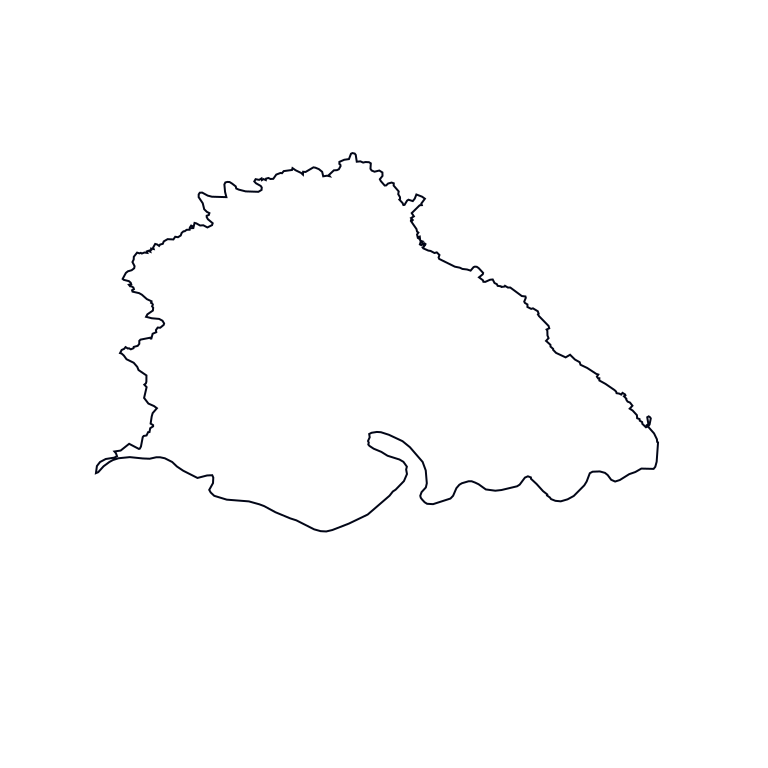 the district of Magura, Khulna, Bangladesh, rotated 114°
{"feature_id": "16705992B78415132034426", "entity_name": "Magura", "entity_type": "district", "adm_level": 2, "iso_a3": "BGD", "parent_name": "Bangladesh", "parent_adm1": "Khulna", "projection": "equal_earth", "projection_center": [89.424, 23.47], "detail": "fine", "context": "isolated", "style": "outline", "palette": "ink", "viewbox_px": 768, "rotation_deg": 114, "n_neighbors": 0, "source": "geoboundaries", "source_scale": "gbopen_adm2", "svg_char_len": 6166}
<svg xmlns="http://www.w3.org/2000/svg" viewBox="0 0 768 768"><g transform="rotate(114 384 384)"><path d="M436.2,238.9L433.1,233.6L423.3,220.8L420.7,219.1L412.2,217.2L409.8,215.0L409.6,211.8L410.8,211.2L413.3,203.9L417.2,195.1L418.5,189.9L419.5,189.8L420.2,186.3L421.2,184.6L421.0,179.9L419.3,174.8L414.7,169.4L409.1,165.1L395.1,159.8L390.6,159.2L381.8,159.7L379.3,157.8L376.1,151.3L375.3,146.0L376.2,142.6L379.1,137.5L379.1,133.2L375.8,129.5L366.6,123.3L362.2,118.6L356.6,114.5L351.9,103.2L349.3,102.5L344.1,103.3L325.9,109.9L325.8,110.9L323.5,112.2L319.3,117.2L315.5,125.5L313.0,124.9L306.9,126.3L306.2,127.4L305.9,129.0L307.3,130.0L313.2,126.1L314.9,127.3L316.5,126.6L317.0,127.1L315.3,131.8L313.8,132.7L313.5,135.4L312.1,136.3L312.3,138.8L309.6,140.3L307.1,146.1L306.6,149.5L302.8,148.2L300.9,151.7L301.0,154.3L299.7,156.4L298.9,156.6L297.6,159.8L296.2,158.8L295.5,159.5L295.1,162.5L297.2,163.0L297.1,165.2L297.8,167.8L296.5,168.9L295.8,170.9L293.8,181.7L293.2,188.7L291.2,189.6L291.8,190.6L290.7,192.5L288.2,192.1L288.4,194.3L286.7,204.9L286.5,212.3L284.5,214.1L284.0,219.5L281.6,225.9L285.8,228.9L285.6,239.5L284.0,243.4L283.1,243.8L282.1,247.1L280.5,247.9L278.7,253.5L275.2,252.3L273.2,254.4L268.8,256.5L268.1,257.6L265.9,255.7L264.0,257.3L258.9,270.1L257.8,271.7L256.9,271.3L255.0,273.1L254.3,278.7L255.5,280.1L255.3,284.3L253.0,285.3L252.6,288.3L251.7,289.4L247.6,289.5L246.5,290.4L247.6,293.9L244.5,307.9L245.5,310.0L245.1,313.4L245.9,313.5L247.6,316.2L247.2,317.0L248.1,320.1L246.9,321.5L246.8,324.1L244.3,327.2L245.6,329.5L249.5,333.0L250.2,334.8L249.0,335.8L247.9,340.6L243.6,338.4L242.2,338.6L239.6,344.7L239.2,346.9L239.8,348.7L240.8,349.7L245.2,351.0L245.6,354.7L247.0,359.2L246.9,362.0L248.0,367.0L247.3,384.4L246.2,385.6L243.6,385.8L242.3,389.3L243.8,391.2L243.5,395.6L244.1,397.8L244.1,403.2L243.6,404.2L242.2,403.4L241.1,404.3L240.5,403.0L239.3,403.0L239.0,404.5L239.7,405.7L242.0,406.4L241.9,408.0L240.0,408.2L238.1,406.9L238.3,409.2L234.8,411.3L235.5,412.0L236.9,411.8L236.8,412.5L234.0,414.6L231.7,414.2L231.3,415.8L229.2,417.4L224.1,425.8L223.5,425.9L223.4,424.7L222.5,424.4L221.4,426.8L218.7,424.9L216.6,428.2L206.2,424.1L205.2,422.2L204.0,423.3L198.1,422.0L197.4,425.4L197.7,431.5L202.1,431.3L205.2,432.1L205.7,436.6L207.1,437.5L212.0,438.1L212.6,439.1L211.1,440.7L209.3,445.0L208.4,444.6L206.8,445.4L204.8,448.2L202.1,448.9L198.8,455.9L196.7,456.7L196.9,459.0L199.2,461.8L201.7,462.8L202.4,464.1L199.9,469.5L198.6,471.1L194.5,470.0L191.4,471.5L190.9,475.1L193.9,479.0L194.0,482.1L192.9,483.9L187.8,485.8L187.5,488.0L188.8,491.3L190.2,493.1L190.2,496.1L192.0,499.3L186.2,503.0L185.4,504.5L185.9,506.8L187.1,507.8L192.8,507.5L195.3,511.5L199.2,515.1L201.1,514.3L201.5,513.0L202.6,512.3L206.2,512.6L207.8,514.0L209.2,516.7L215.6,519.4L216.3,518.1L216.9,520.8L219.0,524.0L215.3,526.8L214.2,530.9L214.3,534.7L214.8,536.6L222.2,541.9L223.0,544.2L225.7,543.2L224.9,545.5L224.7,551.6L224.0,555.4L225.9,555.1L230.3,562.2L232.9,562.9L233.3,564.4L236.5,567.6L241.6,568.6L242.9,571.1L242.8,573.4L244.4,575.3L245.8,574.9L245.8,577.4L247.4,578.5L246.0,579.5L248.3,581.1L249.1,584.6L251.7,584.9L252.7,582.6L253.2,577.2L254.2,575.6L256.5,574.8L259.5,576.9L264.3,588.7L265.5,595.8L265.5,598.5L263.8,599.8L262.7,604.3L262.3,607.2L263.1,609.3L264.4,610.9L266.6,611.0L273.2,607.3L277.4,604.0L282.9,617.4L283.6,621.6L283.1,628.0L284.2,630.1L286.2,630.4L288.7,629.3L292.6,623.1L297.5,619.3L298.8,615.8L298.9,613.0L300.9,612.8L302.4,614.4L303.6,613.9L305.1,611.9L306.8,605.9L308.8,605.7L312.8,609.0L312.5,613.6L314.0,616.5L313.6,620.8L313.9,622.6L319.1,621.6L319.7,622.8L317.7,622.6L317.7,624.6L320.1,625.0L322.1,624.3L323.4,627.0L325.5,628.2L326.1,629.3L328.3,630.3L331.0,630.1L333.7,631.9L334.4,634.6L337.6,635.2L339.7,640.6L343.3,643.2L345.9,643.1L347.7,645.3L349.3,645.6L348.8,647.9L349.1,650.0L353.2,650.4L354.4,649.3L355.0,651.8L356.2,651.2L357.1,652.2L358.2,651.3L358.2,653.5L359.3,654.6L360.5,653.5L361.3,656.3L363.3,658.3L363.1,659.5L364.1,660.5L364.4,663.0L369.5,664.3L372.1,663.3L374.9,663.4L377.8,659.8L379.9,659.3L382.7,660.8L385.2,663.8L387.5,665.0L394.3,665.5L394.7,664.1L393.8,658.9L394.5,656.6L395.7,655.5L397.1,657.4L398.0,655.7L397.5,654.3L397.8,652.2L399.1,651.0L400.8,652.3L401.9,651.3L400.6,644.7L400.9,641.5L402.9,635.2L403.0,630.0L404.6,629.8L404.6,628.6L405.6,627.4L407.3,627.5L408.2,625.9L410.9,625.0L416.6,628.5L419.4,628.7L418.4,622.9L416.0,615.9L416.3,612.1L418.1,609.5L419.6,609.3L423.6,611.3L424.5,613.7L427.5,614.3L429.3,613.1L432.2,615.8L437.1,615.0L437.4,615.7L436.8,616.4L442.5,624.5L444.1,625.1L446.8,623.9L449.3,624.5L451.9,627.7L453.2,627.4L455.3,629.4L455.1,631.5L455.8,632.4L455.4,635.1L457.6,635.7L459.6,637.5L463.1,637.7L462.9,636.1L463.8,633.3L466.1,629.3L466.4,621.3L468.7,616.4L471.1,613.9L472.8,604.5L478.6,602.0L480.3,601.8L482.1,602.7L483.4,599.6L494.3,597.5L497.7,591.3L497.7,585.1L498.5,581.6L504.7,583.5L508.2,583.0L515.1,581.1L515.5,578.2L516.6,577.7L519.5,579.6L523.3,578.7L523.9,579.9L527.6,580.0L529.2,582.4L530.6,582.8L540.0,580.6L542.4,580.8L543.0,581.5L542.3,592.5L551.9,597.5L555.3,602.8L556.3,600.7L558.6,598.5L561.0,600.5L565.7,607.7L570.8,611.7L575.7,612.9L582.6,610.9L580.8,609.2L573.2,606.7L567.0,603.2L563.7,600.7L559.8,596.3L554.2,586.5L550.1,574.0L547.6,567.7L543.6,562.3L542.0,558.7L541.0,554.0L541.4,545.8L543.6,539.6L544.9,532.1L545.7,516.2L539.5,508.4L537.2,503.8L538.9,501.9L544.1,499.9L551.8,500.6L553.6,498.2L555.2,493.6L553.6,480.6L546.2,459.7L544.6,448.9L544.3,443.9L545.3,431.0L544.9,415.1L544.2,408.6L545.2,388.8L544.2,382.0L542.2,376.8L538.4,371.8L525.8,359.3L509.9,345.8L483.8,333.5L478.6,332.2L475.8,330.4L464.6,326.3L456.9,326.4L453.1,329.0L450.2,329.5L447.2,334.6L446.7,339.2L448.1,351.6L447.1,358.8L447.3,367.1L446.5,372.0L445.7,373.7L443.7,374.1L442.6,375.4L438.5,375.4L435.7,377.2L433.6,375.5L430.7,371.0L429.3,367.2L428.4,358.9L428.7,343.8L431.2,334.6L439.5,317.0L446.0,310.7L457.3,304.5L461.5,303.7L467.5,305.7L471.4,305.4L473.0,304.1L474.0,302.3L475.5,298.8L475.9,295.9L473.8,290.3L461.6,276.7L458.0,275.4L449.7,275.5L445.4,274.2L443.0,272.5L438.4,267.1L437.2,264.4L437.0,260.6L437.1,256.8L438.9,248.1L436.2,238.9Z" fill="none" stroke="#020617" stroke-width="2"/></g></svg>